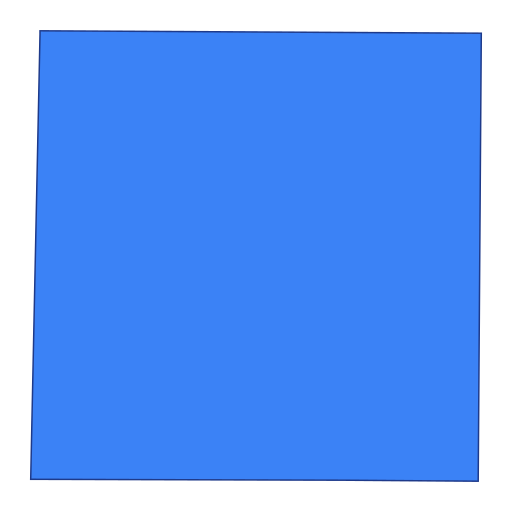 Mitchell, Texas, United States of America (orthographic projection)
{"feature_id": "52423323B74678572937686", "entity_name": "Mitchell", "entity_type": "district", "adm_level": 2, "iso_a3": "USA", "parent_name": "United States of America", "parent_adm1": "Texas", "projection": "orthographic", "projection_center": [-100.906, 32.307], "detail": "fine", "context": "isolated", "style": "filled", "palette": "blue", "viewbox_px": 512, "rotation_deg": 0, "n_neighbors": 0, "source": "geoboundaries", "source_scale": "gbopen_adm2", "svg_char_len": 209}
<svg xmlns="http://www.w3.org/2000/svg" viewBox="0 0 512 512"><path d="M481.3,33.2L40.0,30.8L40.0,34.4L30.7,479.3L343.4,480.2L478.2,481.2L481.3,33.2Z" fill="#3b82f6" stroke="#1e3a8a" stroke-width="1.5"/></svg>